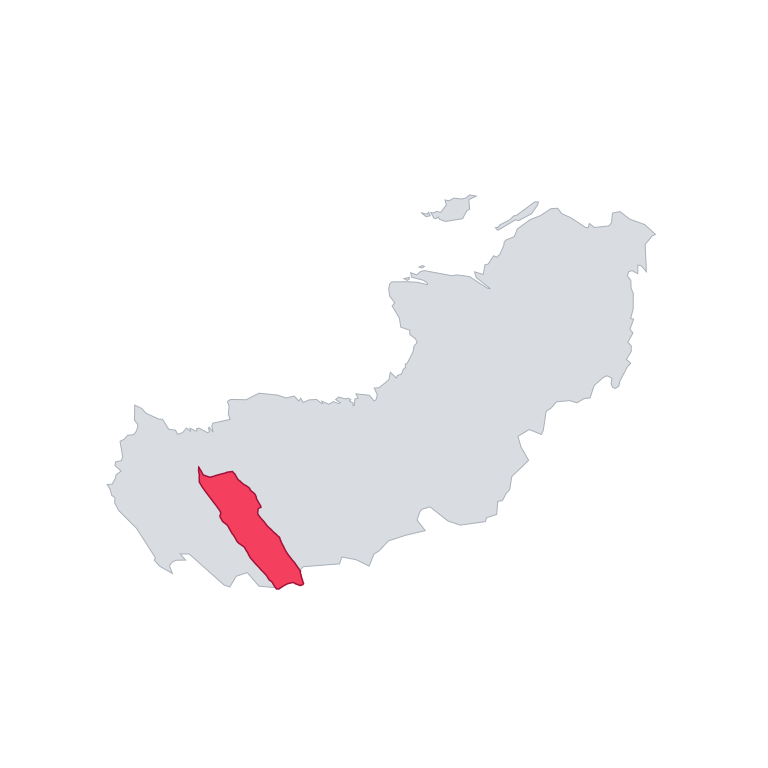 Jokkmokk, Norrbotten, Sweden shown in context, rotated 212°
{"feature_id": "70781695B36834641182296", "entity_name": "Jokkmokk", "entity_type": "district", "adm_level": 2, "iso_a3": "SWE", "parent_name": "Sweden", "parent_adm1": "Norrbotten", "projection": "robinson", "projection_center": [18.54, 66.923], "detail": "fine", "context": "in_parent", "style": "filled", "palette": "rose", "viewbox_px": 768, "rotation_deg": 212, "n_neighbors": 0, "source": "geoboundaries", "source_scale": "gbopen_adm2", "svg_char_len": 6046}
<svg xmlns="http://www.w3.org/2000/svg" viewBox="0 0 768 768"><g transform="rotate(212 384 384)"><path d="M191.5,504.5L193.9,509.8L199.4,509.1L201.7,505.3L205.0,494.1L201.9,481.5L206.9,477.2L210.3,470.3L217.8,468.3L228.2,460.4L229.5,452.4L232.0,446.6L224.3,429.0L223.8,424.6L236.8,422.3L242.7,410.6L234.2,403.0L220.9,395.9L226.6,373.3L221.4,361.0L222.4,355.9L221.8,347.9L225.3,344.7L219.3,333.1L226.1,325.0L225.2,320.9L244.6,304.7L257.1,301.7L279.9,304.2L285.5,297.8L285.8,294.3L284.0,286.2L271.4,281.5L285.8,266.9L297.1,253.3L299.7,240.1L302.4,234.5L300.1,221.7L314.8,220.2L328.0,214.9L326.4,207.9L355.6,186.3L356.6,182.5L354.5,178.8L347.8,172.2L349.8,169.1L357.5,167.3L361.3,164.4L367.2,154.2L382.9,146.3L400.0,151.6L407.5,142.6L407.2,130.1L413.4,128.8L459.1,136.6L466.8,132.0L459.0,129.5L466.7,124.5L469.0,121.4L469.7,117.8L469.4,115.9L463.0,111.2L477.5,110.6L485.3,112.8L486.0,115.6L517.3,130.4L542.1,136.2L549.3,140.4L551.9,145.0L555.9,145.3L560.5,149.6L565.4,152.0L561.5,155.0L561.8,161.8L563.1,165.0L560.8,170.8L569.0,172.3L570.4,175.9L566.2,179.5L566.8,183.5L577.5,195.6L574.9,199.6L574.3,204.6L569.6,208.2L569.0,212.1L570.0,216.9L571.6,219.3L576.3,220.9L584.2,234.0L576.4,234.9L570.4,233.1L556.6,234.8L553.1,236.7L542.4,231.5L536.4,234.4L532.2,231.9L529.0,236.1L528.2,242.0L523.2,241.4L525.1,243.7L518.3,244.4L517.9,245.4L519.3,246.8L517.3,248.6L507.9,249.2L506.7,251.1L509.4,253.4L509.4,254.8L503.4,252.7L507.6,256.9L508.5,260.0L495.7,272.4L500.0,275.8L503.6,283.0L507.5,286.2L505.9,289.6L492.6,297.6L485.1,310.0L468.4,318.2L459.6,320.3L453.8,326.2L447.2,324.4L447.0,327.8L442.7,325.6L439.1,330.8L433.0,335.2L426.4,334.4L425.7,335.2L427.7,336.5L420.0,337.6L417.7,342.2L412.0,343.4L411.1,344.9L416.8,345.2L415.6,348.9L409.1,350.8L406.7,353.1L403.8,353.1L404.4,351.3L400.0,351.4L398.7,349.2L397.8,349.8L400.7,355.9L398.5,358.3L402.6,360.7L390.6,366.7L383.4,364.4L382.4,366.2L383.9,371.3L390.2,375.4L386.3,378.1L382.1,390.0L384.8,397.3L376.5,395.7L377.1,398.4L374.4,401.7L375.4,406.4L374.6,409.4L376.5,412.2L375.3,413.6L376.4,426.6L378.7,432.2L377.8,436.6L381.2,439.0L388.4,439.6L390.5,443.3L399.8,441.1L406.2,448.3L418.5,454.5L417.8,458.5L425.7,461.5L430.3,467.0L432.2,471.8L431.5,474.7L419.2,482.6L409.7,487.9L399.8,491.2L400.3,492.4L405.1,493.0L417.0,489.2L420.4,492.5L414.0,494.0L412.7,498.6L409.9,501.5L383.6,511.9L380.1,515.1L368.4,520.4L347.3,520.0L344.1,521.1L362.3,523.2L366.6,527.1L357.9,529.5L361.5,538.6L359.3,540.8L359.0,550.9L355.8,551.1L354.4,555.2L355.9,565.3L357.4,568.1L356.7,571.1L351.6,577.9L353.1,586.1L347.1,600.9L340.6,609.6L335.4,621.1L329.8,625.1L323.4,622.6L313.6,624.0L295.9,623.6L293.7,624.7L294.9,628.9L288.5,628.3L277.1,637.2L276.5,641.5L280.8,649.9L275.2,655.3L263.2,654.0L247.2,657.4L233.1,654.7L235.0,651.8L236.5,640.7L221.0,618.3L228.6,620.6L231.7,619.4L227.3,612.0L233.8,611.6L236.0,608.9L235.0,604.7L229.7,602.8L225.2,596.2L220.5,592.8L212.4,579.5L209.6,570.4L206.6,571.2L204.5,560.7L199.9,559.2L199.4,548.6L194.5,547.4L191.6,542.6L191.5,533.4L185.7,532.2L186.7,527.8L185.5,511.6L183.8,506.5L185.5,502.8L188.7,502.5L191.5,504.5ZM435.2,554.3L432.5,555.3L431.0,558.2L426.8,559.6L426.0,568.9L429.8,572.4L425.9,573.9L423.1,578.8L416.0,582.1L413.1,585.3L411.5,589.8L405.3,592.2L409.8,585.4L404.0,577.6L405.5,574.8L405.0,565.8L417.9,554.5L423.8,553.1L426.5,554.4L427.6,551.6L429.5,551.0L435.2,554.3ZM352.7,618.3L349.5,620.2L348.6,617.4L349.1,606.7L356.3,594.0L359.5,592.9L368.3,575.7L369.3,574.6L372.3,575.6L370.1,577.3L370.1,580.3L364.6,589.5L363.0,595.5L361.1,596.9L352.7,618.3ZM437.7,550.7L437.1,553.3L434.0,551.2L437.0,548.2L443.3,549.0L437.7,550.7ZM423.0,483.9L418.9,488.0L418.2,486.3L419.0,484.3L423.0,483.9ZM414.1,504.9L412.0,505.1L413.5,502.4L416.3,501.7L414.1,504.9Z" fill="#d9dde1" stroke="#a8b0b8" stroke-width="1"/><path d="M431.9,219.8L432.6,220.6L434.4,221.8L435.5,222.3L436.2,222.5L437.8,222.7L439.9,222.9L441.3,223.3L442.5,224.3L444.6,224.6L446.6,224.7L447.9,224.7L449.4,224.4L450.2,224.6L451.3,224.8L452.8,224.9L454.3,225.4L455.8,225.4L457.7,225.8L458.8,226.5L460.6,227.3L461.7,228.1L462.4,228.5L463.8,228.8L466.2,229.5L467.5,228.4L470.0,226.3L470.6,225.7L471.7,224.1L475.0,220.7L478.3,217.1L479.6,215.4L480.8,214.2L481.9,212.8L483.6,212.3L485.0,212.0L486.4,211.6L487.4,211.5L488.9,211.1L489.9,211.4L490.7,212.0L492.4,212.9L493.4,213.6L495.1,214.2L496.2,215.1L497.0,215.3L496.3,213.9L495.0,211.8L492.4,209.0L491.1,206.6L489.5,204.4L488.8,203.0L486.2,201.7L484.0,200.5L481.6,199.5L477.4,197.8L471.1,195.4L465.6,193.3L461.5,191.8L457.5,190.1L455.3,189.1L454.1,188.1L453.5,186.9L453.5,186.2L453.3,185.2L452.1,184.1L450.5,183.3L448.4,182.1L446.9,181.7L445.1,181.6L442.9,181.3L441.3,181.0L440.1,180.2L438.4,179.3L436.6,178.3L435.1,177.5L433.4,176.6L431.4,175.9L428.5,174.5L426.5,173.3L424.9,172.5L423.7,172.2L422.8,172.0L420.9,171.9L418.9,171.8L416.4,171.7L415.7,171.5L414.5,170.8L411.9,169.4L409.9,168.6L409.0,167.8L407.2,166.8L405.6,165.9L403.9,165.3L402.1,164.8L400.7,164.4L398.7,163.7L394.6,162.7L389.2,161.1L386.5,160.5L385.5,160.2L384.0,159.8L382.3,159.4L380.6,158.5L379.4,158.0L378.2,157.3L377.3,157.0L375.3,156.9L373.3,156.4L371.8,155.5L370.1,154.6L368.4,154.0L367.6,153.7L366.7,153.2L366.6,153.3L366.0,153.6L365.3,154.0L364.6,154.3L364.0,155.6L363.2,157.4L362.2,159.6L361.1,161.5L359.8,163.7L358.1,165.4L357.3,166.2L356.6,166.9L356.0,167.4L355.3,167.7L354.1,167.7L352.7,167.7L351.7,168.0L351.2,168.2L350.3,168.3L349.2,168.4L348.5,168.6L348.1,168.8L347.5,169.5L347.2,170.0L346.5,171.0L346.5,172.2L347.2,172.7L348.9,174.2L351.0,175.9L352.6,177.5L353.8,178.6L354.8,179.4L355.4,180.3L355.7,181.2L356.2,181.2L359.3,182.6L362.4,183.9L365.3,185.2L369.2,186.3L371.6,187.3L374.2,188.2L376.0,189.0L379.2,190.5L382.5,192.6L386.6,195.0L388.9,196.7L390.3,197.6L391.1,198.5L392.0,198.8L394.1,198.9L395.8,199.5L399.2,199.9L402.1,200.7L407.6,201.7L412.5,203.6L415.4,204.4L417.5,205.0L419.8,205.9L421.9,206.7L423.1,208.2L423.7,209.8L424.3,210.6L424.6,211.8L423.8,213.2L423.0,214.1L423.7,215.0L425.2,215.9L427.3,216.9L431.2,219.1L431.9,219.8Z" fill="#f43f5e" stroke="#9f1239" stroke-width="1.5"/></g></svg>